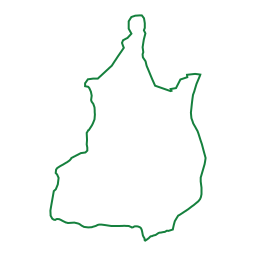 Hayfan, Ta`izz, Yemen
{"feature_id": "15242507B40276066562734", "entity_name": "Hayfan", "entity_type": "district", "adm_level": 2, "iso_a3": "YEM", "parent_name": "Yemen", "parent_adm1": "Ta`izz", "projection": "equal_earth", "projection_center": [44.261, 13.291], "detail": "fine", "context": "isolated", "style": "outline", "palette": "green", "viewbox_px": 256, "rotation_deg": 0, "n_neighbors": 0, "source": "geoboundaries", "source_scale": "gbopen_adm2", "svg_char_len": 3490}
<svg xmlns="http://www.w3.org/2000/svg" viewBox="0 0 256 256"><path d="M87.7,131.3L86.7,132.9L87.0,139.3L87.0,140.4L86.7,144.4L87.3,147.6L87.3,149.4L87.3,150.6L85.6,152.3L85.3,152.5L80.9,153.1L73.5,156.9L72.8,157.3L71.4,158.0L71.1,158.6L71.0,158.8L69.6,160.4L67.1,162.2L65.8,162.9L64.5,163.7L63.8,164.1L63.2,164.5L61.5,165.4L59.9,166.3L57.3,168.0L57.1,168.2L56.1,169.6L55.7,173.0L57.1,174.5L58.6,177.9L57.8,184.4L55.8,189.3L53.8,191.1L51.3,205.2L50.6,209.3L50.4,210.7L50.6,214.8L50.6,215.6L52.0,218.2L52.1,218.4L52.2,218.6L53.2,219.3L53.9,219.7L55.2,219.9L56.5,219.1L57.5,219.0L59.3,219.2L61.0,220.0L61.8,220.4L62.0,220.6L65.9,222.5L66.2,222.5L67.9,223.0L68.1,223.0L69.7,222.9L74.3,222.6L77.7,223.4L78.0,223.5L78.4,223.6L79.1,223.9L79.7,224.2L80.2,224.6L81.9,225.8L82.2,225.9L84.0,226.9L88.2,227.4L91.8,227.2L92.0,227.1L92.8,226.8L93.9,226.5L95.6,226.0L96.7,225.5L97.5,225.0L99.1,224.6L101.5,224.6L105.3,225.1L111.3,226.0L119.2,226.0L122.7,225.9L124.1,225.8L124.3,225.8L125.7,225.9L128.8,226.0L130.8,226.9L131.4,227.1L131.6,227.2L131.7,227.4L132.5,227.4L133.4,227.1L133.9,226.7L134.6,226.4L135.2,226.3L135.9,226.3L136.7,226.3L138.0,226.5L139.8,227.2L140.8,228.0L141.6,229.5L142.1,231.4L142.6,234.0L142.9,235.5L143.4,236.5L143.8,237.3L144.1,237.7L144.6,238.6L144.6,239.1L144.6,240.0L145.2,240.6L146.4,239.9L147.9,238.8L148.7,238.2L149.4,237.5L150.4,236.5L151.1,236.2L151.9,236.2L153.4,235.5L155.6,235.0L157.5,233.7L158.5,233.0L159.8,232.6L160.8,232.6L163.1,232.1L164.8,231.9L166.9,230.7L167.7,230.8L168.4,230.9L171.0,230.1L172.8,229.5L172.8,229.4L173.8,224.9L174.8,221.2L177.0,217.5L178.2,215.6L178.4,215.5L179.4,215.0L188.1,209.3L192.0,206.3L193.6,205.2L194.8,204.2L198.4,201.2L200.0,199.2L200.9,197.1L201.5,194.2L201.5,187.7L200.7,181.5L200.7,177.6L202.8,170.4L204.6,164.2L205.1,161.4L205.6,158.0L203.5,150.3L202.4,146.1L201.9,144.2L200.5,140.1L200.2,139.1L198.3,133.1L198.1,132.7L197.8,131.8L197.6,131.2L196.7,129.6L196.5,129.2L196.3,128.9L196.2,128.7L194.9,126.3L194.5,125.7L193.9,124.6L193.2,123.4L192.9,122.4L192.4,120.9L191.4,118.2L191.4,117.9L191.3,117.1L190.9,112.6L191.0,111.9L191.2,109.9L191.4,108.1L191.9,103.3L192.4,99.2L193.0,94.9L194.5,90.8L194.5,90.5L194.8,89.6L195.0,88.9L196.5,83.9L197.9,80.6L200.0,75.6L200.3,74.6L197.6,74.2L195.1,73.9L187.0,74.8L187.3,77.2L180.4,79.5L176.0,88.1L170.7,89.0L171.5,90.8L170.6,91.1L155.1,85.7L152.2,79.2L150.9,76.1L148.6,70.5L147.6,68.1L147.1,67.0L146.6,65.7L146.4,64.9L145.8,62.3L145.7,61.8L145.5,61.2L143.4,58.1L142.9,57.3L142.7,55.4L142.6,54.2L143.3,52.2L142.6,47.1L142.7,46.7L143.4,42.1L143.8,39.6L145.4,33.4L143.9,30.3L144.8,27.9L144.8,24.6L144.8,23.2L144.2,19.5L144.0,18.3L142.3,16.0L141.8,15.4L141.7,15.4L141.4,15.4L140.2,15.4L139.6,15.4L135.1,15.7L134.4,16.0L132.5,16.6L131.5,17.0L131.4,17.0L131.2,17.3L130.1,19.0L128.7,21.3L128.7,28.7L130.6,32.2L131.4,33.7L131.3,33.8L127.6,37.8L127.5,38.0L126.7,38.3L123.0,40.3L122.8,40.9L122.0,42.9L123.0,45.8L123.8,47.8L121.7,50.9L121.4,51.4L120.3,52.9L119.7,53.8L117.9,56.4L116.0,59.3L115.4,60.2L115.3,60.4L114.9,60.9L112.9,64.0L111.8,65.7L111.7,65.8L108.8,68.4L108.7,68.5L108.5,68.8L108.2,69.0L107.1,70.0L100.1,76.5L99.9,76.6L99.6,76.9L99.4,77.1L97.8,78.6L95.1,78.6L94.2,78.6L93.1,78.6L89.5,79.1L88.7,79.2L87.9,79.3L85.6,82.6L85.1,83.2L85.1,83.3L85.1,86.2L88.2,86.8L89.3,88.1L90.9,91.7L91.7,95.7L91.1,100.0L91.6,101.6L93.3,103.9L94.5,107.4L94.7,110.4L94.7,112.1L94.9,114.6L94.5,119.4L92.9,123.4L91.9,125.4L88.9,130.0L88.2,130.3L87.7,131.3Z" fill="none" stroke="#15803d" stroke-width="2"/></svg>